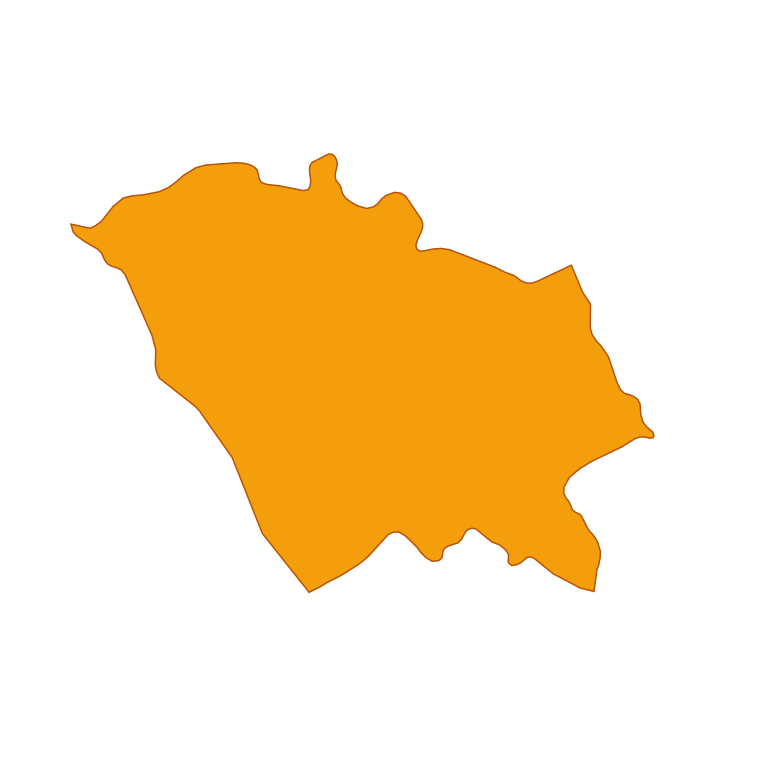 the County of Sibiu, rotated 68°
{"feature_id": "ROU-303", "entity_name": "Sibiu", "entity_type": "County", "adm_level": 1, "iso_a3": "ROU", "parent_name": "Romania", "parent_adm1": "", "projection": "albers", "projection_center": [24.256, 45.858], "detail": "fine", "context": "isolated", "style": "filled", "palette": "amber", "viewbox_px": 768, "rotation_deg": 68, "n_neighbors": 0, "source": "natural_earth", "source_scale": "10m", "svg_char_len": 2414}
<svg xmlns="http://www.w3.org/2000/svg" viewBox="0 0 768 768"><g transform="rotate(68 384 384)"><path d="M549.1,531.5L477.0,552.8L395.4,552.3L340.1,565.1L334.6,567.1L294.6,590.0L287.1,590.3L281.0,589.0L266.8,582.8L251.8,580.9L185.5,583.0L179.4,585.1L176.0,588.4L172.7,592.5L168.9,595.4L164.0,596.6L157.1,596.8L151.9,598.8L139.6,608.3L131.5,613.4L126.8,615.2L118.5,614.4L129.5,598.2L129.2,592.8L127.4,585.2L117.8,568.4L113.9,556.0L115.2,546.9L118.3,537.1L121.5,520.2L121.0,509.6L118.5,500.2L115.5,491.9L113.0,477.4L114.2,467.2L123.4,438.4L126.1,432.5L128.5,428.9L131.8,424.9L134.8,422.8L137.4,421.6L140.3,421.6L146.4,422.8L150.3,422.5L152.9,420.6L155.5,417.1L160.9,407.0L174.6,386.1L175.3,381.4L172.7,378.3L168.0,375.8L158.0,373.1L154.1,371.2L151.6,367.6L150.0,348.8L151.9,345.7L154.9,344.4L158.8,344.1L162.5,344.9L166.2,347.1L169.6,349.7L173.0,351.5L176.9,352.2L183.2,350.5L185.9,350.3L188.9,350.9L192.7,351.0L197.4,349.9L203.3,346.4L208.8,341.8L214.7,334.5L215.8,327.8L214.6,322.6L211.7,317.3L209.9,311.6L210.3,302.4L213.1,297.2L217.9,293.6L245.1,287.8L249.7,288.0L253.2,289.5L256.7,292.4L263.6,299.6L267.2,302.4L270.6,303.1L273.7,301.6L275.3,298.3L277.2,288.0L279.9,279.8L284.3,272.6L317.3,237.3L326.1,229.6L332.0,222.9L339.7,218.2L344.0,213.8L345.8,209.1L346.2,203.3L344.0,165.8L373.1,165.5L387.5,162.7L409.1,171.7L416.4,172.5L424.0,170.9L430.6,168.3L442.9,165.7L470.4,167.4L478.1,166.8L483.0,164.4L485.7,160.7L488.7,157.5L493.5,154.4L498.5,154.1L508.9,157.4L516.4,158.1L522.0,156.5L529.5,152.8L533.1,153.1L534.6,154.8L533.6,158.1L530.9,162.0L529.0,166.6L528.7,172.1L531.4,187.3L533.4,219.8L535.8,234.3L540.0,247.0L546.9,255.6L552.4,258.1L557.4,258.1L561.8,256.6L571.0,256.4L574.0,255.0L578.3,251.2L581.3,250.2L593.5,249.4L597.9,248.4L601.2,247.0L606.4,245.7L611.7,245.2L620.5,246.1L625.7,248.5L632.0,252.6L636.2,256.3L655.0,267.0L646.7,278.5L623.5,298.1L601.7,310.2L599.2,312.9L598.4,316.3L600.9,323.8L601.3,328.2L600.2,333.6L596.9,335.4L594.3,335.2L591.3,333.4L588.0,332.4L583.3,333.4L576.5,337.1L570.6,343.4L553.1,352.9L550.6,356.5L550.4,361.1L551.9,364.2L557.3,370.7L559.0,375.0L558.5,381.2L558.4,386.1L559.3,389.8L561.8,392.5L564.5,393.7L567.2,396.0L568.3,399.7L566.3,405.8L561.1,409.9L554.3,412.9L547.0,414.8L532.7,421.1L526.8,425.7L524.9,430.6L525.2,436.5L537.7,462.6L540.1,469.4L541.9,476.2L545.3,495.0L546.8,511.4L548.2,519.9L549.1,531.5Z" fill="#f59e0b" stroke="#b45309" stroke-width="1.5"/></g></svg>